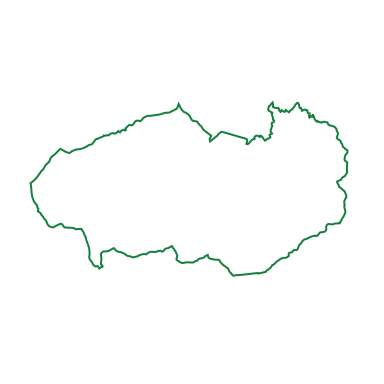 the district of Alexandru Cel Bun, Neamt, Romania, rotated 83°
{"feature_id": "2599482B4388035429906", "entity_name": "Alexandru Cel Bun", "entity_type": "district", "adm_level": 2, "iso_a3": "ROU", "parent_name": "Romania", "parent_adm1": "Neamt", "projection": "natural_earth1", "projection_center": [26.258, 46.915], "detail": "fine", "context": "isolated", "style": "outline", "palette": "green", "viewbox_px": 384, "rotation_deg": 83, "n_neighbors": 0, "source": "geoboundaries", "source_scale": "gbopen_adm2", "svg_char_len": 6001}
<svg xmlns="http://www.w3.org/2000/svg" viewBox="0 0 384 384"><g transform="rotate(83 192 192)"><path d="M243.5,301.9L245.9,301.9L250.1,299.5L251.6,299.2L252.3,298.8L254.1,297.1L253.9,294.9L256.7,293.3L256.6,292.9L255.7,292.0L255.5,291.5L255.5,290.3L255.2,289.8L254.1,290.0L252.9,290.9L252.2,291.2L246.8,289.9L246.0,290.1L242.2,290.0L240.3,287.6L240.2,286.4L240.6,283.9L240.2,281.6L238.2,276.7L238.2,276.4L241.3,274.2L242.6,271.9L242.7,270.6L243.7,269.0L243.9,268.0L244.4,267.6L245.4,266.1L246.4,265.3L247.5,263.9L248.5,260.7L249.7,258.8L249.2,253.7L248.6,252.8L247.7,248.9L247.8,246.4L248.2,245.8L248.3,245.0L246.9,242.7L246.5,241.7L246.3,239.5L247.1,236.1L247.0,234.9L246.7,233.5L246.2,232.6L246.5,231.8L246.5,230.1L247.5,229.1L247.5,228.6L247.3,227.8L245.3,225.7L244.9,224.6L244.8,222.5L243.9,220.4L243.3,218.4L244.6,218.1L246.2,217.0L249.8,215.3L253.6,214.3L255.2,215.2L257.3,215.6L258.3,214.8L260.6,211.8L261.1,210.9L261.4,209.4L261.1,205.8L262.2,199.7L261.1,197.2L260.8,195.2L259.5,193.8L259.0,192.7L259.1,191.6L258.5,187.9L257.6,187.1L257.1,186.2L256.4,184.0L258.8,183.7L259.5,183.3L260.2,182.3L260.7,181.4L261.7,178.4L262.6,173.6L263.1,173.1L265.0,172.4L268.5,169.8L269.6,168.3L270.9,167.3L272.1,165.6L275.3,164.7L278.0,162.7L278.2,162.9L278.5,162.7L280.1,161.2L280.3,160.7L279.8,158.3L280.2,155.3L280.4,137.7L280.5,136.4L280.8,136.4L281.0,135.1L280.2,128.4L279.2,127.9L278.6,126.1L277.5,124.8L277.0,123.4L274.7,121.6L274.3,121.0L273.8,119.4L271.5,116.6L268.8,111.3L268.6,109.2L268.7,106.5L267.9,104.8L267.3,103.7L265.2,103.6L264.4,103.1L264.1,101.8L263.9,100.0L261.8,97.6L262.4,95.8L262.2,94.8L261.1,93.8L258.6,92.6L257.8,92.0L256.7,90.8L256.4,90.0L255.1,89.2L253.9,88.0L252.7,86.1L252.6,83.9L251.6,82.3L251.7,81.6L250.9,79.4L250.3,76.2L250.5,75.6L250.3,75.3L250.8,74.1L250.7,73.2L250.6,72.8L250.0,72.4L249.6,71.6L248.6,70.8L247.7,69.7L247.8,68.0L247.5,65.1L246.9,64.2L245.8,63.3L242.8,63.1L241.4,62.4L240.3,60.7L241.3,56.5L240.7,53.9L241.0,50.6L240.4,49.3L240.8,49.0L236.1,45.7L234.2,44.1L230.5,42.1L226.0,42.6L225.1,42.6L223.0,42.0L222.2,42.2L219.7,42.0L217.1,40.4L216.8,39.9L215.5,39.4L214.1,39.4L210.8,40.1L209.2,41.0L207.4,42.8L205.7,44.2L205.1,45.3L203.3,45.5L199.8,46.9L199.1,46.5L198.1,42.8L195.8,40.8L194.8,38.3L191.2,35.4L190.4,35.7L183.2,34.7L181.7,34.3L180.4,35.2L180.2,36.0L178.5,36.7L174.9,35.8L172.7,34.0L172.1,33.1L171.4,32.8L169.5,32.7L168.0,34.6L166.7,35.4L165.6,36.7L162.6,37.2L161.7,37.9L159.3,38.4L158.4,39.4L157.8,40.4L156.5,41.4L155.7,41.7L151.6,39.8L149.0,40.9L146.9,41.0L144.6,42.7L142.8,46.5L142.9,47.1L142.3,47.6L141.8,48.4L139.5,49.1L138.7,51.2L138.3,53.1L138.7,53.8L138.6,54.5L138.9,55.0L138.6,55.5L137.9,57.8L136.9,58.6L137.4,59.3L136.7,60.1L136.2,60.2L135.8,60.8L133.9,61.6L132.6,62.1L132.0,61.7L131.5,62.1L130.3,62.5L130.3,62.8L130.6,62.9L131.7,62.5L132.0,62.9L132.0,63.1L131.7,63.2L131.4,64.1L131.8,64.4L131.8,65.7L132.5,66.0L132.5,66.4L131.5,66.6L131.7,65.8L131.4,65.6L131.0,66.2L130.8,66.2L130.9,65.6L130.5,65.5L129.3,66.2L128.4,65.9L128.5,66.5L127.7,67.4L124.9,67.7L124.7,68.0L124.7,69.0L124.1,69.5L123.9,70.0L124.3,71.9L124.9,72.8L124.8,73.0L122.0,73.5L121.8,73.8L121.9,74.6L121.3,75.0L118.4,75.1L116.3,76.1L116.4,76.8L118.0,78.8L119.1,79.5L121.7,82.0L122.7,83.3L123.0,84.5L124.7,86.0L122.0,89.0L122.9,89.4L123.8,90.1L123.1,91.7L121.6,93.1L123.0,94.0L123.3,94.4L121.0,95.8L120.2,95.5L119.1,96.2L119.0,98.2L118.6,98.7L118.6,99.3L117.5,101.2L114.7,100.8L113.0,101.1L114.7,103.1L115.6,103.7L116.3,105.2L119.5,106.4L120.1,106.2L121.2,105.4L121.3,104.9L122.6,103.5L123.0,102.6L123.3,102.6L124.3,103.3L124.7,103.3L127.7,102.7L129.9,102.8L130.5,102.6L130.9,101.9L131.3,101.8L132.6,102.4L133.0,103.9L133.5,104.5L134.8,104.6L136.3,104.3L137.1,104.9L140.8,106.5L141.5,106.6L142.5,106.3L143.6,105.4L143.9,105.4L144.7,108.0L145.5,108.1L147.0,107.5L147.7,108.0L148.3,109.5L148.2,110.6L149.3,112.0L149.9,113.3L148.0,114.5L146.2,115.3L144.6,116.6L144.4,117.5L144.7,117.8L145.6,117.8L145.7,118.2L144.4,119.5L144.0,120.3L143.9,120.8L144.4,122.6L145.0,123.2L146.2,123.5L146.4,123.3L147.1,123.5L147.2,125.4L147.6,126.3L150.6,129.6L151.1,130.5L151.3,131.4L150.9,132.1L147.2,130.8L146.0,131.4L136.0,154.5L136.0,155.9L136.3,156.4L136.9,157.1L137.7,158.7L139.0,159.8L144.0,167.9L142.3,168.1L141.4,167.9L138.5,166.1L131.7,173.0L128.2,174.7L125.5,176.9L122.9,178.2L122.2,179.6L121.7,182.1L120.5,183.3L119.1,184.1L116.5,184.9L115.0,185.9L112.7,188.2L111.4,190.5L109.7,191.8L106.7,193.3L103.0,194.5L106.6,196.3L107.5,197.0L109.9,203.5L110.4,205.0L110.1,209.4L111.0,213.4L111.2,217.4L111.3,224.5L111.0,226.2L111.1,227.3L112.5,231.3L114.3,233.1L115.4,234.6L114.5,237.0L114.5,238.5L115.4,240.2L116.7,241.0L118.5,243.3L118.5,243.9L117.8,245.6L118.1,246.7L120.4,249.7L121.2,250.2L122.5,250.2L122.8,250.5L122.7,251.2L122.1,251.5L121.8,252.3L122.1,253.4L122.8,255.1L124.0,256.0L123.4,257.1L122.6,257.5L122.5,257.8L124.1,259.5L124.7,261.6L124.0,263.0L124.0,264.0L124.2,265.5L124.5,266.5L125.6,267.6L125.4,268.5L125.5,270.1L125.3,271.1L125.6,272.2L125.2,272.7L126.0,273.3L127.0,277.3L127.7,278.9L128.0,281.0L128.2,281.4L131.9,284.8L132.4,285.8L132.7,286.6L132.7,288.3L133.0,289.2L134.1,290.8L134.2,291.9L135.1,293.9L135.8,297.8L135.7,299.7L135.8,302.5L136.8,305.8L137.3,306.8L138.0,307.8L138.3,308.7L137.8,310.6L136.6,312.7L133.5,316.8L133.3,317.7L137.2,322.6L140.0,327.1L141.5,328.5L143.5,329.4L144.9,330.4L146.5,332.8L148.1,334.6L151.7,337.1L152.6,338.7L158.1,343.7L160.4,346.3L162.9,349.9L163.6,351.3L166.2,351.0L173.7,351.3L177.8,351.1L181.7,350.1L183.9,349.0L186.3,347.5L188.7,347.3L190.0,346.5L192.3,347.3L194.5,344.9L196.7,344.1L198.3,342.8L199.4,342.5L202.9,340.3L206.1,339.4L207.8,338.6L208.7,337.7L209.7,336.1L210.2,333.8L209.1,331.5L207.8,327.4L207.6,326.6L207.7,325.6L208.2,324.8L210.5,323.7L211.7,322.5L211.9,321.1L212.3,320.2L212.5,317.6L213.0,315.1L213.7,313.2L214.9,311.8L214.8,309.2L214.9,308.5L215.2,307.5L215.2,306.2L219.0,304.5L223.0,303.5L224.2,302.9L226.5,302.8L234.1,301.1L236.3,300.9L241.1,301.2L243.5,301.9Z" fill="none" stroke="#15803d" stroke-width="2"/></g></svg>